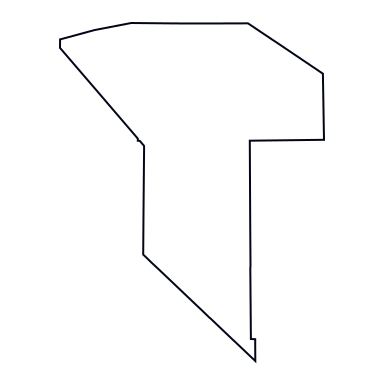 Nye, Nevada, United States of America (Albers equal-area conic projection)
{"feature_id": "52423323B59835765201316", "entity_name": "Nye", "entity_type": "district", "adm_level": 2, "iso_a3": "USA", "parent_name": "United States of America", "parent_adm1": "Nevada", "projection": "albers", "projection_center": [-116.514, 37.564], "detail": "fine", "context": "isolated", "style": "outline", "palette": "ink", "viewbox_px": 384, "rotation_deg": 0, "n_neighbors": 0, "source": "geoboundaries", "source_scale": "gbopen_adm2", "svg_char_len": 648}
<svg xmlns="http://www.w3.org/2000/svg" viewBox="0 0 384 384"><path d="M191.1,23.5L172.6,23.4L131.2,23.0L94.8,30.0L87.4,32.0L60.1,39.4L60.0,47.9L100.9,95.5L137.8,138.6L137.8,140.7L139.8,140.9L144.0,145.8L144.1,147.3L143.5,212.6L143.2,254.6L146.1,257.3L151.5,262.6L157.1,267.8L195.8,304.6L199.3,307.9L200.4,308.9L209.6,317.8L210.0,318.0L220.6,328.1L233.7,340.6L234.1,340.9L249.6,355.6L251.3,357.2L254.7,360.4L255.3,361.0L255.2,344.3L255.2,339.2L250.9,339.0L250.3,268.3L250.5,266.2L250.2,222.6L249.8,140.7L324.0,139.8L322.9,73.7L273.8,40.6L273.1,40.2L247.9,23.3L240.9,23.4L240.1,23.4L191.1,23.5Z" fill="none" stroke="#020617" stroke-width="2"/></svg>